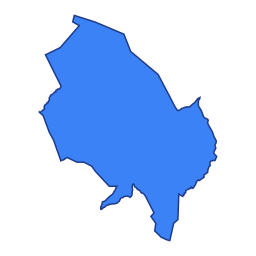 San Pedro Sochiápam, Oaxaca, Mexico (Natural Earth projection)
{"feature_id": "50627088B80283041271538", "entity_name": "San Pedro Sochiápam", "entity_type": "district", "adm_level": 2, "iso_a3": "MEX", "parent_name": "Mexico", "parent_adm1": "Oaxaca", "projection": "natural_earth1", "projection_center": [-96.643, 17.816], "detail": "fine", "context": "isolated", "style": "filled", "palette": "blue", "viewbox_px": 256, "rotation_deg": 0, "n_neighbors": 0, "source": "geoboundaries", "source_scale": "gbopen_adm2", "svg_char_len": 4790}
<svg xmlns="http://www.w3.org/2000/svg" viewBox="0 0 256 256"><path d="M50.5,95.2L50.6,95.4L50.7,95.6L50.7,95.8L50.6,96.0L49.4,97.5L49.3,97.9L49.3,98.0L49.2,98.3L49.2,98.5L49.4,99.0L49.4,99.3L49.4,99.7L49.4,99.9L49.4,100.1L49.3,100.3L49.1,100.4L48.9,100.5L48.7,100.8L48.6,101.0L48.4,101.2L48.3,101.3L48.2,101.4L48.2,101.6L48.2,101.8L48.1,102.2L48.0,102.4L47.9,102.7L47.9,102.8L47.7,102.9L47.3,102.8L47.2,102.8L46.9,102.9L46.8,103.0L46.7,103.3L46.6,103.7L46.5,103.8L46.2,104.1L45.9,104.3L45.5,104.6L45.3,104.7L45.1,104.9L44.8,105.2L44.7,105.3L44.6,105.5L44.5,105.8L44.4,105.9L44.4,106.0L44.3,106.4L44.3,106.6L44.2,107.0L44.1,107.3L44.1,107.5L44.2,108.2L44.5,108.9L44.5,109.0L44.4,109.2L44.3,109.4L44.0,109.6L43.6,109.9L43.4,110.0L43.2,110.1L42.9,110.1L42.6,110.3L42.4,110.4L42.2,110.7L42.0,111.0L41.8,111.2L41.6,111.4L41.3,111.6L41.0,111.8L40.8,111.9L40.6,112.0L40.4,112.1L40.2,112.2L39.8,112.2L39.5,112.1L39.4,112.0L39.4,112.3L43.1,115.5L49.3,132.3L53.6,140.2L60.7,160.3L60.8,160.8L61.3,160.5L63.3,159.9L64.1,159.6L64.9,158.8L65.6,158.5L67.0,157.5L68.4,158.1L77.0,162.2L83.9,162.2L89.8,165.2L91.6,166.1L95.4,171.3L95.5,171.5L97.5,173.6L101.1,177.5L109.3,186.3L116.6,186.3L116.2,186.6L116.0,187.7L115.9,188.3L115.3,189.8L114.1,191.5L113.8,192.0L113.5,192.7L113.2,193.2L112.8,193.9L112.3,194.6L110.9,195.3L108.8,197.2L107.9,198.0L106.5,199.4L106.2,199.9L105.3,200.7L104.7,201.1L103.7,201.5L102.9,201.6L102.5,202.0L102.1,202.8L102.1,203.3L102.0,204.2L101.8,204.8L101.6,205.3L101.4,205.8L101.0,206.2L100.8,207.0L100.7,207.7L100.7,208.4L100.8,209.3L101.3,209.4L101.8,209.1L102.1,208.8L102.3,208.4L102.9,208.2L103.2,207.8L103.9,207.3L104.5,207.3L104.9,207.0L105.4,206.3L106.1,205.9L106.5,205.5L107.0,205.3L107.7,205.2L108.4,205.0L109.0,204.6L109.8,204.3L111.0,204.2L111.6,204.0L112.4,203.9L112.8,203.8L113.4,204.0L115.0,203.6L115.7,203.6L116.6,203.3L117.3,202.9L117.8,202.5L118.3,202.1L118.8,201.6L119.3,201.2L119.7,200.4L120.2,199.3L120.3,198.7L120.8,198.2L121.3,198.0L122.0,197.8L122.7,197.6L124.0,196.6L124.5,196.6L125.5,196.2L126.1,196.2L126.6,196.1L127.3,196.1L127.7,196.3L128.4,196.5L129.1,196.7L129.7,197.0L130.1,197.3L130.6,196.8L131.1,196.4L131.5,195.9L131.8,195.4L132.1,193.4L132.2,191.7L132.4,190.9L132.6,189.7L132.5,188.8L132.3,188.0L132.2,187.2L132.3,186.4L132.3,185.6L132.6,184.9L133.0,184.5L133.4,184.0L133.9,184.4L134.2,185.2L134.3,185.7L134.5,186.3L134.7,186.8L135.1,187.2L135.5,187.4L136.0,187.5L136.4,187.7L136.8,188.6L137.7,189.4L138.1,189.8L138.7,190.1L139.6,190.3L139.9,190.7L140.2,191.1L140.5,191.7L140.8,192.3L141.2,192.7L141.9,193.1L142.6,193.2L143.1,193.4L143.6,193.8L144.2,194.4L144.8,195.3L145.4,196.1L154.0,212.9L150.9,216.4L155.8,223.4L154.7,230.9L161.3,237.3L166.6,239.7L169.8,240.6L173.7,223.3L177.9,219.6L178.8,194.1L182.7,196.4L182.9,195.8L183.8,195.4L183.7,194.3L184.3,194.1L184.4,193.2L185.5,193.0L185.9,190.5L187.1,189.8L189.1,188.9L189.1,188.6L190.7,188.5L190.7,187.3L191.3,187.1L192.8,188.4L194.3,186.6L195.5,184.4L196.6,181.7L198.1,180.0L199.1,180.6L203.7,177.5L203.5,177.2L203.7,176.7L204.0,176.8L204.0,174.9L207.7,172.4L207.6,171.8L208.1,169.1L209.1,166.7L210.2,165.5L210.3,165.3L209.8,162.9L210.3,161.7L211.1,161.0L212.1,160.9L212.9,160.4L214.9,160.6L215.3,159.7L216.5,157.0L216.6,156.3L214.6,154.3L213.8,153.0L214.0,152.0L214.8,150.0L215.3,149.3L215.8,148.1L215.6,147.3L215.3,146.6L215.0,145.8L215.0,144.8L215.7,143.7L216.0,142.8L216.2,142.3L216.3,141.3L216.1,140.8L216.0,140.4L215.7,139.7L215.1,138.6L214.6,137.7L213.8,136.1L213.0,133.5L212.3,131.7L210.5,128.5L208.2,124.6L207.9,123.7L207.8,122.8L207.7,122.2L207.8,121.5L208.2,120.2L207.7,119.3L206.6,118.7L205.6,118.4L204.7,117.9L204.1,117.3L203.8,117.0L202.8,114.8L202.4,113.4L201.9,112.1L201.5,111.1L201.0,110.1L200.4,109.2L200.0,108.4L199.4,107.6L198.8,106.6L198.4,105.2L198.4,103.7L198.4,102.9L198.4,102.0L198.5,101.1L198.5,100.6L198.8,99.9L199.5,99.2L199.8,98.6L199.8,98.1L199.9,97.5L199.2,97.9L198.2,98.3L197.2,99.2L196.7,100.1L196.3,100.6L195.5,101.4L195.1,101.9L194.8,102.4L194.3,102.9L193.6,103.5L192.4,104.3L191.8,104.8L191.6,105.2L190.9,105.7L190.5,106.1L189.9,106.4L189.3,106.9L188.7,107.2L188.1,107.1L187.4,106.8L186.8,106.9L186.2,107.0L185.7,107.0L185.2,107.2L184.7,107.4L184.2,107.7L183.6,108.0L183.0,108.0L182.4,108.2L181.8,108.4L181.1,108.9L180.7,109.3L180.2,109.7L179.7,110.1L179.2,110.2L178.2,110.4L177.5,110.5L177.4,110.4L174.6,106.1L169.2,95.5L164.3,86.3L158.1,74.5L130.7,51.5L123.9,34.2L115.2,30.5L95.5,22.2L74.3,15.4L72.7,21.9L79.3,25.6L60.2,47.6L45.5,54.8L53.4,70.8L55.1,74.2L56.5,77.0L57.8,79.5L60.6,85.2L61.0,85.8L60.9,86.3L60.6,87.3L60.4,87.6L60.2,88.0L59.8,88.6L59.3,89.0L58.6,89.1L57.9,88.9L57.4,89.7L56.1,90.1L55.8,91.1L55.8,91.3L55.7,92.1L54.5,92.1L54.1,92.6L53.8,93.0L53.5,93.4L53.1,93.8L52.5,94.2L50.5,95.2Z" fill="#3b82f6" stroke="#1e3a8a" stroke-width="1.5"/></svg>